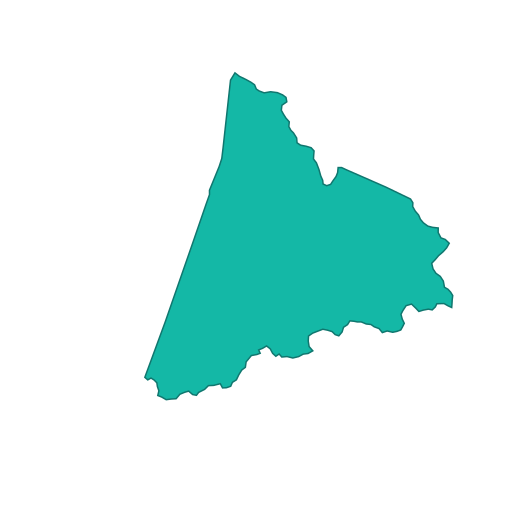 Duas Barras, Rio de Janeiro, Brazil (Mercator projection), rotated 233°
{"feature_id": "56859067B69837408110296", "entity_name": "Duas Barras", "entity_type": "district", "adm_level": 2, "iso_a3": "BRA", "parent_name": "Brazil", "parent_adm1": "Rio de Janeiro", "projection": "mercator", "projection_center": [-42.522, -22.035], "detail": "fine", "context": "isolated", "style": "filled", "palette": "teal", "viewbox_px": 512, "rotation_deg": 233, "n_neighbors": 0, "source": "geoboundaries", "source_scale": "gbopen_adm2", "svg_char_len": 2261}
<svg xmlns="http://www.w3.org/2000/svg" viewBox="0 0 512 512"><g transform="rotate(233 256 256)"><path d="M414.9,349.4L411.8,341.5L362.1,294.7L354.5,287.4L349.6,280.4L336.5,258.4L333.0,255.8L327.6,247.6L305.0,214.1L281.6,179.1L257.7,143.4L226.0,94.2L222.2,95.0L221.7,98.7L218.3,100.0L214.4,100.5L211.1,98.7L206.8,97.3L203.7,93.6L200.1,95.8L195.3,97.8L193.0,101.9L190.1,106.3L191.4,112.0L190.1,117.0L188.6,120.9L183.5,122.0L180.6,124.6L181.6,128.1L180.4,134.7L181.1,140.0L178.1,144.4L175.5,150.6L170.8,149.9L168.6,153.1L167.2,157.4L169.3,161.1L168.9,165.8L171.5,170.8L173.5,176.0L173.5,180.5L177.4,184.4L179.3,192.4L176.8,197.4L175.8,200.8L179.4,201.6L178.3,205.7L177.8,210.3L173.3,211.5L168.2,210.7L164.0,211.5L163.8,215.5L159.8,215.8L157.0,220.3L152.4,224.0L150.0,229.5L149.2,234.7L146.8,238.9L146.1,244.3L151.7,243.9L156.6,246.5L160.5,249.8L160.3,254.8L159.0,259.4L157.3,265.3L153.7,268.5L149.8,271.3L145.6,271.9L142.4,274.1L143.5,279.0L146.4,283.0L146.1,287.8L147.7,291.9L145.0,294.9L142.3,297.3L140.0,300.4L135.4,303.1L132.1,306.6L128.3,307.8L124.0,310.6L118.8,310.8L117.2,315.6L112.8,319.3L111.0,323.1L109.8,327.1L111.3,330.5L113.0,333.9L117.5,334.8L122.2,336.7L124.0,340.4L126.0,346.0L124.0,351.3L118.3,352.2L113.7,352.7L112.1,357.1L109.8,361.7L106.9,364.3L107.4,368.5L109.0,371.7L107.0,374.6L104.8,377.6L100.8,379.3L97.1,381.3L99.7,383.6L102.9,386.3L106.0,389.3L110.0,389.7L113.9,389.3L117.6,387.7L123.2,390.5L128.8,390.9L133.9,389.3L139.1,389.6L144.4,391.9L145.3,397.2L146.4,402.0L146.8,408.1L147.8,413.2L149.9,418.0L155.3,417.1L159.2,414.6L165.1,415.6L168.7,418.4L172.7,414.2L176.5,411.2L181.9,409.6L186.4,409.4L190.8,410.5L196.1,410.2L201.2,410.9L204.1,413.3L208.5,413.7L233.0,401.1L270.2,380.2L275.1,377.6L277.2,374.8L273.5,371.4L271.3,367.8L269.8,362.9L268.3,358.7L269.6,354.8L273.1,352.9L276.3,354.8L281.0,355.9L287.1,358.3L294.0,360.3L298.9,360.3L301.5,362.5L305.0,365.6L309.3,365.2L313.5,362.1L317.7,358.3L321.7,356.9L325.8,359.5L331.7,360.0L335.4,359.5L339.6,360.1L343.1,363.3L348.1,362.9L352.9,363.3L357.1,363.9L360.8,367.4L360.6,373.4L364.6,375.4L368.7,374.2L373.6,371.4L378.4,366.5L381.4,360.7L385.8,357.9L389.1,356.7L393.6,357.9L397.9,356.5L403.0,354.2L409.4,350.9L414.9,349.4Z" fill="#14b8a6" stroke="#0f766e" stroke-width="1.5"/></g></svg>